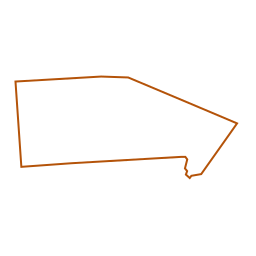 outline of Bandera, Texas, United States of America, rotated 356°
{"feature_id": "52423323B80467523610206", "entity_name": "Bandera", "entity_type": "district", "adm_level": 2, "iso_a3": "USA", "parent_name": "United States of America", "parent_adm1": "Texas", "projection": "mercator", "projection_center": [-99.108, 29.73], "detail": "fine", "context": "isolated", "style": "outline", "palette": "amber", "viewbox_px": 256, "rotation_deg": 356, "n_neighbors": 0, "source": "geoboundaries", "source_scale": "gbopen_adm2", "svg_char_len": 374}
<svg xmlns="http://www.w3.org/2000/svg" viewBox="0 0 256 256"><g transform="rotate(356 128 128)"><path d="M19.0,73.8L18.9,159.3L69.5,159.2L178.5,160.5L183.2,160.8L184.9,163.5L182.0,172.3L184.0,175.1L182.5,178.5L186.1,182.2L187.9,180.1L197.8,179.1L229.8,140.0L237.1,131.0L200.3,112.3L131.7,77.6L104.8,74.8L19.0,73.8Z" fill="none" stroke="#b45309" stroke-width="2"/></g></svg>